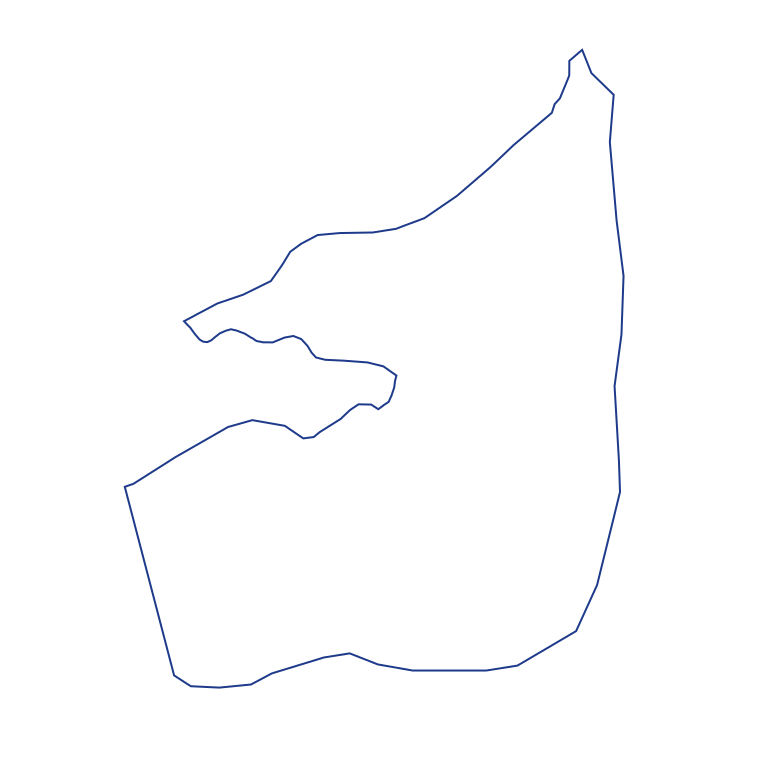 Morne Citon, Dauphin, Saint Lucia (Mercator projection), rotated 351°
{"feature_id": "8701671B41674368745419", "entity_name": "Morne Citon", "entity_type": "district", "adm_level": 2, "iso_a3": "LCA", "parent_name": "Saint Lucia", "parent_adm1": "Dauphin", "projection": "mercator", "projection_center": [-60.929, 14.031], "detail": "fine", "context": "isolated", "style": "outline", "palette": "blue", "viewbox_px": 768, "rotation_deg": 351, "n_neighbors": 0, "source": "geoboundaries", "source_scale": "gbopen_adm2", "svg_char_len": 1759}
<svg xmlns="http://www.w3.org/2000/svg" viewBox="0 0 768 768"><g transform="rotate(351 384 384)"><path d="M590.0,551.9L600.2,527.6L604.0,496.9L611.4,422.1L626.3,372.2L637.5,314.7L639.3,259.0L644.9,180.4L656.1,134.3L637.5,109.4L632.0,85.0L629.3,86.6L617.6,93.8L615.9,104.2L615.2,108.3L613.4,111.4L602.4,129.4L596.3,134.3L592.2,142.4L572.0,154.6L549.2,168.4L530.4,181.4L522.6,186.7L485.5,209.6L449.9,226.5L428.2,230.9L420.3,232.6L396.6,232.6L364.0,228.0L341.7,226.5L331.2,230.1L323.9,232.6L312.1,238.7L308.8,242.6L301.7,250.9L288.4,264.6L262.6,272.6L258.7,273.8L256.8,274.1L232.0,278.4L213.7,284.7L209.8,286.0L206.8,287.1L196.3,290.7L199.3,295.1L201.5,298.1L203.8,302.7L205.2,305.3L207.5,309.1L208.7,311.1L209.7,312.0L212.0,313.9L216.0,315.0L220.3,313.8L221.6,313.0L224.7,311.1L227.8,309.4L230.0,308.2L234.3,307.1L236.2,306.6L241.5,306.0L244.4,307.2L246.7,308.1L248.9,309.4L254.4,312.5L260.1,317.5L261.2,318.2L264.8,321.6L267.9,322.7L271.1,323.9L280.6,325.5L293.0,322.6L302.0,322.4L303.7,323.4L309.3,326.7L313.3,332.7L314.5,334.6L317.4,341.7L320.3,346.2L321.0,347.2L329.8,350.9L348.1,354.7L371.0,360.1L386.2,366.5L391.7,371.9L397.6,377.6L396.4,380.3L395.4,382.7L393.5,389.1L389.5,396.8L388.8,397.8L385.8,402.4L380.7,404.7L374.4,408.0L368.1,402.3L361.9,401.2L355.7,400.1L349.1,403.1L346.2,404.5L343.3,406.5L335.6,411.8L329.0,414.6L312.9,421.5L311.2,422.5L306.3,425.4L295.8,425.1L294.3,423.7L279.5,409.8L248.3,399.1L226.4,401.7L223.1,402.1L217.9,404.1L166.8,423.5L122.7,442.6L120.9,443.4L114.7,444.5L111.9,445.0L131.1,639.0L142.1,648.9L146.0,652.3L167.1,656.7L173.9,658.1L205.6,660.0L227.9,652.3L281.9,644.7L308.0,644.7L334.0,660.0L367.5,671.5L440.1,683.0L471.8,683.0L535.1,658.1L563.0,615.9L590.0,551.9Z" fill="none" stroke="#1e3a8a" stroke-width="2"/></g></svg>